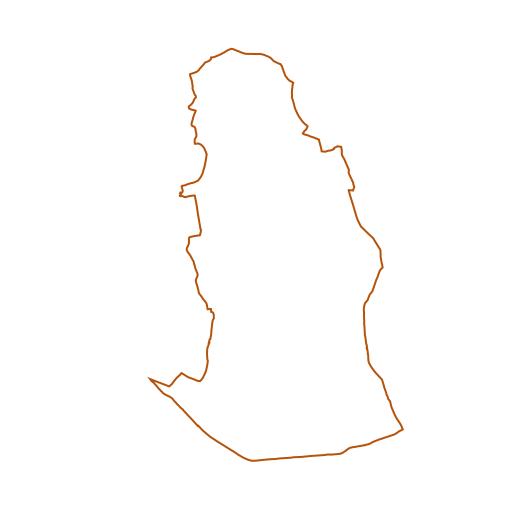 Bang Khen, Bangkok Metropolis, Thailand, rotated 261°
{"feature_id": "78962969B44452950449651", "entity_name": "Bang Khen", "entity_type": "district", "adm_level": 2, "iso_a3": "THA", "parent_name": "Thailand", "parent_adm1": "Bangkok Metropolis", "projection": "mercator", "projection_center": [100.635, 13.871], "detail": "fine", "context": "isolated", "style": "outline", "palette": "amber", "viewbox_px": 512, "rotation_deg": 261, "n_neighbors": 0, "source": "geoboundaries", "source_scale": "gbopen_adm2", "svg_char_len": 6051}
<svg xmlns="http://www.w3.org/2000/svg" viewBox="0 0 512 512"><g transform="rotate(261 256 256)"><path d="M459.1,242.7L457.9,242.5L457.0,241.7L456.3,240.6L455.9,239.7L455.2,236.6L455.0,235.8L454.1,235.0L452.6,233.3L451.3,231.6L449.8,229.8L448.5,228.5L447.6,227.2L447.2,226.2L446.6,223.6L446.0,219.4L445.7,219.2L445.0,219.1L444.1,219.2L440.7,219.8L438.5,220.0L433.3,220.0L431.5,219.5L431.2,219.5L425.9,220.5L424.4,221.0L423.4,221.5L422.6,221.6L421.9,221.3L420.8,219.8L420.4,219.5L417.2,217.5L415.6,215.4L414.2,213.0L412.5,212.9L411.5,213.8L410.8,214.9L409.1,219.0L408.9,219.2L408.2,218.9L405.1,216.9L402.6,215.6L400.6,214.8L397.3,213.2L396.5,213.0L395.4,212.9L394.8,213.1L394.3,213.5L393.8,214.2L393.4,215.3L391.6,216.0L390.6,216.1L388.8,216.0L386.3,216.2L384.9,216.1L383.5,215.8L382.7,215.2L381.3,214.1L380.3,213.6L379.3,213.4L376.5,213.1L376.3,213.5L376.2,216.3L375.6,217.7L375.1,218.4L374.4,219.3L372.5,220.7L370.8,221.6L369.5,222.0L368.5,222.2L366.9,222.7L364.3,223.2L363.9,223.1L359.2,221.7L357.9,221.2L357.6,221.1L355.5,220.3L354.5,220.0L352.5,219.2L345.9,216.1L342.7,213.9L340.2,211.3L339.4,210.2L338.5,207.0L338.1,205.1L338.2,204.3L338.1,203.1L337.5,199.3L337.0,197.2L336.8,194.4L336.7,193.6L336.2,193.4L332.8,193.8L332.0,193.8L331.3,193.7L330.6,193.3L330.1,192.7L330.1,192.1L330.5,191.4L330.4,191.3L329.6,190.7L329.4,190.8L329.1,191.4L328.7,191.5L327.3,190.2L327.0,190.4L326.9,191.8L326.6,192.8L325.5,194.5L325.1,195.4L325.4,196.7L325.6,201.5L325.5,202.5L325.5,204.1L325.3,205.0L324.8,205.1L320.8,205.1L317.4,205.3L313.0,205.3L307.2,205.2L291.3,205.4L291.0,205.5L290.2,205.8L285.9,204.2L285.2,203.7L285.3,202.1L285.3,198.6L285.1,194.4L285.0,193.5L284.7,193.0L284.0,192.6L282.6,192.3L279.8,191.9L278.6,191.6L276.0,190.0L275.4,189.4L273.7,188.6L272.4,188.6L270.8,189.1L267.0,191.1L264.0,192.1L260.3,193.5L259.4,193.6L258.2,193.5L256.1,194.0L253.5,194.1L247.8,195.4L247.0,195.4L245.9,195.3L244.0,194.3L243.0,193.5L241.4,192.7L239.4,192.7L236.4,193.2L232.7,193.6L231.4,193.7L228.3,193.8L227.8,194.0L224.7,195.7L221.4,197.2L217.5,199.5L215.7,199.8L211.0,199.9L210.7,203.2L210.1,203.2L207.8,203.0L207.3,204.2L206.8,204.7L206.5,204.8L205.4,205.0L204.6,205.1L201.0,204.6L199.2,203.2L198.2,202.8L192.0,201.0L187.2,199.8L185.2,199.4L181.0,197.8L180.9,197.2L177.7,195.8L177.6,196.3L174.9,194.8L172.4,193.5L170.0,192.9L166.9,192.3L161.8,191.8L159.9,192.0L156.2,190.9L151.5,189.1L149.9,188.5L149.7,188.2L148.1,187.3L146.6,186.3L144.7,185.0L143.5,184.0L141.5,181.7L141.2,181.1L141.3,180.6L141.5,179.8L142.3,177.9L144.1,175.1L145.6,172.4L146.6,170.5L148.2,168.5L152.0,164.2L151.9,163.9L150.5,162.4L148.2,158.8L145.7,155.9L143.0,153.2L142.5,152.6L140.8,149.8L149.4,134.9L151.0,132.2L148.7,133.4L146.9,135.1L144.9,136.3L144.1,137.0L143.4,137.2L142.2,138.1L140.8,138.8L139.2,140.0L137.5,141.0L136.6,141.8L135.1,142.8L134.0,143.9L131.6,147.0L131.3,147.6L130.6,148.7L129.2,150.2L128.3,151.1L125.7,152.5L123.3,154.2L122.6,154.5L121.0,155.7L117.6,158.1L115.7,159.8L114.8,160.2L108.9,164.1L107.6,165.1L103.6,167.8L99.7,170.3L98.5,171.2L98.2,171.3L97.1,172.1L97.3,172.5L92.3,175.9L89.4,178.3L84.9,182.2L84.1,183.0L82.2,185.1L82.0,185.4L79.0,188.6L65.1,204.7L62.5,207.4L58.9,211.8L56.3,215.7L54.5,219.4L53.9,223.2L53.3,235.0L52.7,241.6L52.4,243.2L52.5,245.2L52.2,249.5L51.3,259.1L51.4,261.2L50.5,268.9L49.8,280.2L48.9,290.2L48.7,292.3L48.7,296.3L48.4,297.2L48.1,299.0L47.7,303.9L47.5,308.4L47.8,308.9L47.8,310.2L49.7,314.4L50.9,316.4L51.5,317.8L51.9,319.4L52.0,321.5L52.0,326.1L52.1,329.9L52.1,334.1L52.3,334.2L52.3,334.4L52.5,337.5L52.9,339.3L54.1,342.6L55.3,348.0L57.9,363.7L58.2,365.1L59.2,367.5L60.3,369.6L61.7,373.8L65.4,373.0L67.4,372.3L68.8,371.7L73.8,369.4L78.5,367.9L85.9,366.1L91.6,365.7L93.5,364.6L94.2,364.2L96.6,364.0L98.5,363.3L99.7,363.3L107.0,362.0L109.3,361.8L114.2,361.1L122.1,355.8L123.6,354.9L128.8,352.3L132.7,350.9L133.6,350.7L135.3,350.7L137.5,350.9L140.6,351.3L141.6,351.1L143.5,351.3L145.4,351.4L145.7,351.3L146.0,351.1L146.3,351.0L147.1,351.3L147.5,351.0L147.8,350.9L148.0,351.0L148.4,351.4L148.5,351.4L149.0,351.2L149.7,351.4L150.8,351.4L151.9,351.1L153.2,351.2L158.4,351.3L159.8,351.3L160.9,351.1L161.6,351.3L163.1,351.4L165.5,351.7L170.1,352.1L171.6,352.3L172.4,352.1L173.6,352.6L179.2,353.2L182.9,353.8L186.5,354.1L190.3,355.3L191.5,355.8L192.4,356.4L194.9,359.2L195.4,359.6L196.0,360.0L197.2,360.5L199.9,362.2L201.4,363.7L202.0,364.4L203.0,365.4L206.8,367.5L213.2,370.8L216.3,372.8L217.5,373.5L218.6,374.0L221.7,375.7L223.2,377.0L223.8,377.8L224.7,379.2L226.9,379.3L228.3,379.2L229.0,379.0L234.2,379.0L236.0,379.0L238.4,379.4L242.6,379.8L252.0,375.8L254.7,374.8L255.8,374.1L260.2,370.6L268.5,364.4L269.2,364.1L271.6,363.3L275.9,362.0L279.7,361.3L290.8,359.9L301.6,358.3L306.5,357.8L306.6,358.0L305.5,362.0L308.9,363.9L310.9,363.4L313.3,363.4L314.4,363.1L315.4,362.7L316.5,362.5L323.0,360.6L324.5,360.7L326.7,361.2L337.6,358.4L338.8,358.0L341.1,357.0L342.2,356.9L343.3,356.7L344.4,356.9L347.2,357.3L348.9,357.2L350.5,357.2L351.6,353.6L351.4,352.8L350.9,351.8L350.9,351.0L349.8,349.4L349.3,349.5L349.2,349.2L348.9,347.7L348.5,345.8L348.7,344.3L348.2,341.0L348.2,340.6L349.1,337.2L352.1,337.2L359.7,336.4L361.1,336.4L364.2,331.2L365.4,328.7L366.7,326.7L367.9,324.4L368.4,323.0L369.3,321.7L369.7,321.4L371.9,323.4L372.9,325.0L373.8,325.8L375.0,326.7L376.0,327.2L376.3,327.2L377.0,326.7L377.8,325.8L379.8,324.1L382.7,322.3L387.1,320.2L390.2,319.1L391.8,318.7L394.0,318.0L397.3,317.4L399.8,317.3L402.0,317.0L404.8,316.7L406.7,316.2L408.8,316.7L411.0,316.9L414.7,317.6L416.3,318.2L418.9,318.8L420.2,319.3L421.2,319.9L422.3,318.8L423.7,316.8L424.3,316.3L425.8,315.1L428.8,313.5L430.3,312.9L432.0,312.7L433.5,312.3L439.7,311.2L441.8,310.1L441.9,309.6L443.5,307.1L445.6,304.1L449.3,301.5L450.9,299.5L453.3,295.6L454.4,293.2L455.1,290.5L455.3,288.4L456.3,283.4L456.5,281.8L457.1,278.4L457.7,276.4L459.3,273.3L460.9,270.9L462.1,268.6L462.7,267.7L463.5,266.5L464.0,265.4L464.4,264.4L464.5,264.0L463.8,260.7L462.1,256.6L460.5,251.9L460.1,250.3L459.1,246.1L459.0,245.1L459.0,243.7L459.1,242.7Z" fill="none" stroke="#b45309" stroke-width="2"/></g></svg>